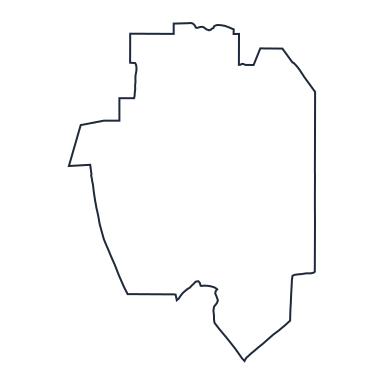 the district of Kaoh Andaet, Takêv, Cambodia
{"feature_id": "14789045B5776655612798", "entity_name": "Kaoh Andaet", "entity_type": "district", "adm_level": 2, "iso_a3": "KHM", "parent_name": "Cambodia", "parent_adm1": "Takêv", "projection": "equal_earth", "projection_center": [104.923, 10.741], "detail": "fine", "context": "isolated", "style": "outline", "palette": "slate", "viewbox_px": 384, "rotation_deg": 0, "n_neighbors": 0, "source": "geoboundaries", "source_scale": "gbopen_adm2", "svg_char_len": 2063}
<svg xmlns="http://www.w3.org/2000/svg" viewBox="0 0 384 384"><path d="M130.3,33.7L130.2,34.7L130.1,62.7L135.2,63.1L136.1,64.9L136.5,67.9L136.4,70.8L135.5,75.5L135.4,78.8L135.5,81.9L135.1,85.4L135.2,89.4L134.8,92.4L134.6,95.9L134.1,98.2L119.4,98.2L119.4,120.7L103.6,120.7L80.7,125.1L68.9,166.0L90.2,164.8L91.5,174.6L91.1,175.5L91.8,178.2L92.2,181.1L93.0,185.0L93.8,192.0L95.1,200.5L96.4,207.7L98.2,215.6L99.6,223.8L101.8,231.9L103.9,239.4L106.0,244.4L108.8,250.9L111.1,256.5L114.9,265.1L119.0,275.6L124.0,287.0L127.6,294.1L161.3,294.3L165.8,294.3L172.7,294.3L175.6,294.6L176.3,298.0L176.6,299.2L176.8,300.2L178.7,298.6L180.6,295.7L183.0,292.8L185.2,290.9L187.2,289.2L190.0,287.5L191.6,285.7L193.6,283.9L195.6,281.7L198.3,281.2L199.7,282.7L200.7,285.8L202.2,285.9L204.1,285.6L206.3,285.8L207.7,285.8L210.2,286.2L212.6,286.8L215.1,287.7L217.2,289.3L215.8,290.9L215.2,293.5L216.6,296.6L217.9,300.4L216.9,303.1L214.1,306.6L213.4,310.4L214.0,315.6L214.0,319.5L214.5,322.8L219.1,328.8L228.0,339.5L235.4,348.9L242.0,358.3L244.5,361.0L245.3,359.5L246.5,357.6L248.3,356.1L250.8,353.7L254.4,350.8L258.2,347.5L262.7,343.9L267.8,339.4L273.4,334.5L278.4,330.8L284.4,325.8L290.1,320.7L290.2,316.6L290.4,309.7L290.8,303.2L291.1,295.3L291.6,286.6L291.9,280.1L292.5,275.8L293.2,275.5L294.3,274.9L296.3,274.6L298.5,274.3L301.5,274.1L304.3,273.6L307.1,273.3L311.0,273.3L313.6,272.7L314.8,271.8L315.0,221.6L314.9,207.4L314.9,193.1L315.0,174.7L314.9,172.9L315.0,135.4L315.1,91.9L304.4,77.2L301.6,72.9L299.2,69.3L296.7,66.1L293.7,62.9L292.5,62.5L282.4,48.6L260.3,48.4L253.6,65.0L245.4,64.9L244.2,64.4L243.4,64.0L241.8,63.9L240.6,64.7L238.9,64.8L239.0,33.9L233.6,34.0L233.7,29.3L232.5,28.9L230.5,28.0L228.0,27.0L225.0,25.9L222.2,25.4L219.0,25.0L216.7,25.1L214.2,26.1L213.5,28.0L211.6,28.8L210.6,29.9L209.0,30.3L208.0,29.8L206.9,29.6L206.1,29.1L204.4,27.8L203.1,27.0L201.8,26.8L199.8,27.1L198.6,27.5L197.0,27.9L195.7,27.5L195.3,26.3L194.6,25.3L193.6,24.2L192.7,23.5L190.8,23.0L189.3,23.1L188.3,23.2L173.7,23.6L173.7,33.9L130.3,33.7Z" fill="none" stroke="#1e293b" stroke-width="2"/></svg>